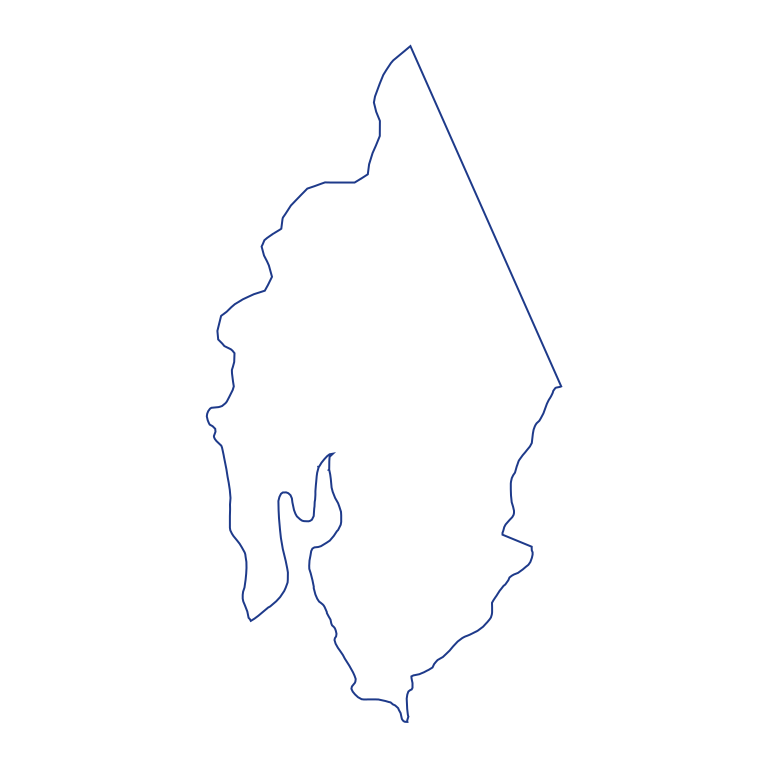 Despinoze, Dennery, Saint Lucia
{"feature_id": "8701671B1025448555952", "entity_name": "Despinoze", "entity_type": "district", "adm_level": 2, "iso_a3": "LCA", "parent_name": "Saint Lucia", "parent_adm1": "Dennery", "projection": "natural_earth1", "projection_center": [-60.912, 13.95], "detail": "fine", "context": "isolated", "style": "outline", "palette": "blue", "viewbox_px": 768, "rotation_deg": 0, "n_neighbors": 0, "source": "geoboundaries", "source_scale": "gbopen_adm2", "svg_char_len": 5159}
<svg xmlns="http://www.w3.org/2000/svg" viewBox="0 0 768 768"><path d="M250.8,620.9L254.4,618.7L258.3,615.8L263.9,611.1L268.2,607.5L270.1,606.5L276.2,601.3L280.1,597.1L284.2,591.0L285.7,587.7L287.6,582.5L287.8,579.8L287.9,572.5L287.2,568.3L285.7,560.9L282.8,549.0L280.9,537.9L280.0,529.6L279.0,518.2L278.6,510.3L278.4,501.0L279.4,497.0L281.0,493.8L282.8,492.5L286.2,492.4L288.3,493.2L290.5,495.2L291.9,498.4L292.4,502.4L294.0,510.0L295.4,513.7L296.9,516.4L300.2,519.4L302.2,520.7L303.8,521.1L305.1,521.2L308.7,521.3L310.2,520.8L311.9,519.7L313.7,516.1L313.8,514.7L314.2,508.6L314.5,506.4L314.7,501.9L315.1,499.6L315.4,494.9L315.4,491.2L315.9,484.8L316.2,481.8L316.7,476.1L317.2,472.6L318.5,467.7L318.3,466.9L318.9,466.9L320.0,465.2L321.5,462.7L324.4,459.1L327.2,456.1L329.6,454.3L332.9,453.7L329.7,456.7L329.5,457.9L329.3,461.1L329.2,469.3L328.7,469.9L329.3,470.1L330.2,474.5L330.8,479.0L331.6,487.6L332.7,491.8L335.1,497.9L338.1,503.2L339.4,506.8L341.0,511.8L341.2,515.4L341.2,521.9L340.7,524.8L338.1,530.0L336.9,531.2L333.8,535.9L329.8,540.6L326.5,542.8L320.9,546.2L318.2,547.0L314.4,547.4L312.4,548.6L311.2,551.1L310.5,555.3L309.5,560.6L309.2,565.8L309.3,568.9L310.7,573.3L312.5,580.4L312.9,582.4L313.8,586.8L313.7,588.0L315.4,594.5L317.2,598.7L319.1,601.6L320.5,602.6L322.7,604.4L323.7,605.5L324.7,607.2L326.8,612.0L326.9,613.1L328.8,616.7L330.5,619.6L331.3,623.5L332.1,625.4L333.7,626.8L334.9,628.3L335.8,630.7L336.5,633.8L336.1,636.4L334.9,638.2L334.5,640.0L335.6,643.7L337.9,647.8L340.1,650.9L342.9,655.0L344.8,658.6L349.2,665.5L353.0,672.3L354.5,675.6L355.7,679.0L355.4,681.5L354.9,682.8L353.1,685.0L351.9,686.5L351.4,688.8L352.7,691.6L355.0,694.4L358.0,697.2L361.6,699.2L364.1,699.5L368.8,699.4L375.4,699.4L378.5,699.5L385.4,701.0L388.8,702.0L390.6,702.4L392.9,704.4L395.1,705.4L396.8,706.9L398.2,708.2L398.7,709.6L400.6,713.1L401.2,715.9L401.9,719.0L403.0,720.6L404.0,721.4L405.0,721.8L407.4,721.9L407.2,720.7L407.3,720.1L408.4,716.5L408.1,715.9L407.8,714.3L407.2,709.0L406.7,698.6L407.3,694.5L408.4,691.5L410.2,690.1L411.6,689.5L412.0,688.8L412.5,687.8L412.5,683.0L411.9,680.2L411.6,678.6L411.5,678.0L411.4,676.4L413.4,675.4L415.0,675.1L419.4,674.2L421.2,673.4L423.9,672.3L427.1,670.6L428.6,669.9L429.9,669.1L432.5,667.5L433.6,665.2L434.1,664.1L435.9,661.9L437.6,660.0L438.9,659.3L439.7,658.8L442.9,657.0L446.5,653.6L449.7,650.5L450.6,649.4L453.1,646.4L457.7,641.5L462.2,638.1L463.8,637.2L465.2,636.5L467.4,635.7L469.8,634.7L477.6,630.8L483.1,626.7L486.4,623.1L487.1,622.4L489.6,619.4L490.9,617.5L491.8,614.6L492.0,613.2L492.1,612.3L492.1,607.3L492.0,602.8L492.8,601.4L493.4,600.3L495.4,597.3L496.6,595.6L497.4,594.3L499.7,590.7L500.7,589.5L501.8,588.1L503.5,585.9L505.3,584.5L507.5,581.4L508.3,580.3L508.6,579.6L509.5,577.5L511.8,575.7L513.9,574.5L518.0,572.9L519.5,571.8L522.7,569.5L526.0,566.7L527.8,565.3L528.4,564.8L530.3,562.1L531.9,557.8L532.6,554.6L532.6,552.3L531.8,550.4L531.7,548.9L531.7,546.7L502.5,534.7L502.5,532.8L503.2,531.0L503.8,528.8L504.2,527.2L505.6,524.5L508.4,521.3L509.9,519.6L511.0,518.5L512.3,517.1L513.6,514.8L514.0,513.0L514.0,510.7L513.6,509.0L513.1,506.8L511.7,502.2L511.0,495.4L510.8,489.2L510.8,483.5L511.0,481.7L511.8,478.1L513.2,475.2L515.0,472.6L516.8,466.2L517.1,465.5L518.6,461.1L519.3,459.9L522.7,455.2L525.2,452.3L526.7,450.4L529.9,446.5L531.8,443.0L532.2,439.5L532.9,433.5L533.2,431.9L533.6,429.7L534.8,426.4L535.6,424.8L536.6,423.3L539.3,420.8L540.8,418.3L543.4,413.4L546.9,403.8L548.4,400.7L549.0,399.6L550.3,397.6L551.4,395.6L552.6,393.1L553.0,391.9L553.3,390.8L555.3,388.1L556.2,387.6L558.9,387.1L560.2,386.8L561.2,386.4L410.4,46.1L399.0,55.6L393.3,60.3L390.9,63.1L386.4,69.9L383.3,74.9L379.8,83.5L375.0,96.5L373.9,102.5L376.2,111.8L379.9,120.9L379.8,136.0L375.9,145.6L372.6,153.0L369.1,164.3L367.8,174.3L362.7,177.6L354.7,182.5L345.8,182.5L329.5,182.5L325.0,182.4L321.0,183.8L314.7,186.1L307.3,188.6L301.1,194.9L295.6,200.6L290.9,205.5L285.2,214.3L282.9,217.6L282.5,219.1L281.3,228.7L279.7,229.8L272.9,233.9L267.3,237.8L264.4,240.2L262.7,244.3L261.6,246.5L264.0,255.5L267.1,261.5L268.9,265.5L272.0,276.8L271.0,278.8L267.9,285.1L264.8,290.7L258.9,292.6L253.9,294.2L247.8,297.0L242.9,299.3L234.8,304.2L231.3,307.2L226.6,311.8L221.2,315.8L221.0,316.3L217.4,330.9L218.2,339.5L222.3,343.6L224.4,346.1L230.9,349.3L232.5,350.7L234.5,353.2L234.2,362.0L232.9,366.8L231.9,369.9L231.9,370.7L232.0,373.4L233.0,381.3L233.8,386.4L232.7,390.0L229.1,397.2L226.8,401.6L225.5,403.2L222.1,406.0L220.4,406.6L218.6,407.1L211.4,407.8L210.0,408.7L208.2,411.2L207.2,413.7L206.8,416.3L207.7,420.2L208.7,422.7L209.7,424.6L212.6,426.2L213.6,427.2L215.2,428.8L215.5,431.7L213.9,436.1L214.1,437.3L214.8,438.9L216.4,441.0L221.3,445.7L222.0,447.5L222.8,451.1L223.7,455.4L223.9,456.6L226.4,469.2L227.6,476.9L228.7,482.7L229.8,489.9L230.5,498.0L230.0,504.5L230.1,509.2L229.9,516.1L229.9,527.7L230.3,530.3L231.9,533.6L233.5,536.1L237.1,540.5L239.6,543.7L241.8,547.3L244.7,552.5L245.3,554.4L245.6,556.8L246.4,562.0L246.5,567.9L246.2,573.6L245.6,579.7L244.5,587.5L243.1,591.7L242.7,594.9L242.7,598.6L243.3,601.5L244.9,605.3L247.3,611.5L247.9,614.4L248.6,617.8L249.9,619.2L250.8,620.9Z" fill="none" stroke="#1e3a8a" stroke-width="2"/></svg>